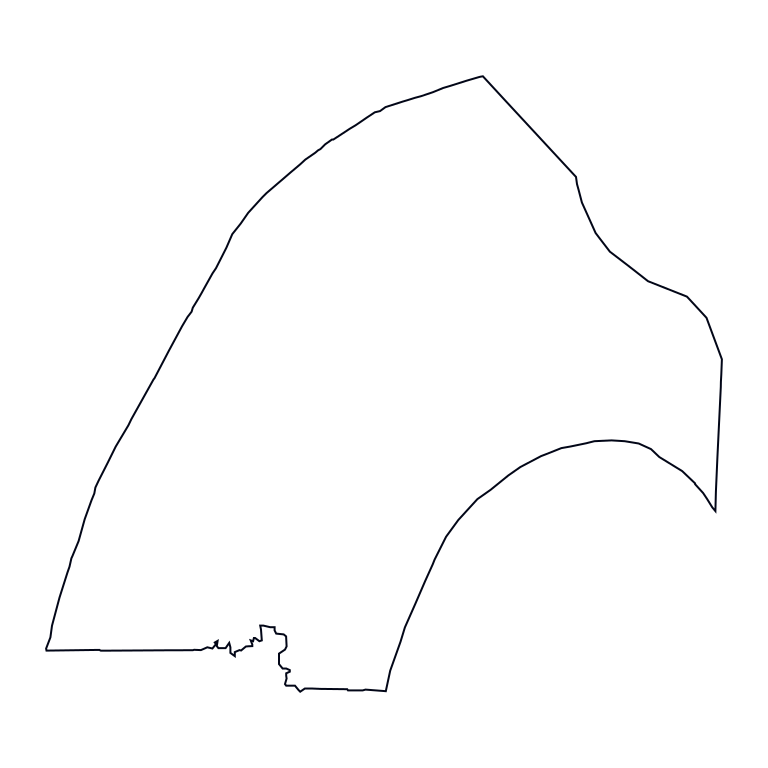 the district of Lower Saloum, Central River, Gambia
{"feature_id": "56634734B70409077095290", "entity_name": "Lower Saloum", "entity_type": "district", "adm_level": 2, "iso_a3": "GMB", "parent_name": "Gambia", "parent_adm1": "Central River", "projection": "orthographic", "projection_center": [-15.38, 13.709], "detail": "fine", "context": "isolated", "style": "outline", "palette": "ink", "viewbox_px": 768, "rotation_deg": 0, "n_neighbors": 0, "source": "geoboundaries", "source_scale": "gbopen_adm2", "svg_char_len": 2464}
<svg xmlns="http://www.w3.org/2000/svg" viewBox="0 0 768 768"><path d="M715.4,511.1L715.9,491.7L717.4,457.5L719.2,420.2L720.8,387.0L720.9,381.9L721.3,374.5L721.9,359.3L706.5,317.8L698.4,309.0L687.4,297.1L686.9,296.6L648.0,281.2L634.9,270.9L626.0,264.0L609.9,251.7L603.6,243.5L600.0,238.8L595.6,233.0L590.4,221.4L581.9,202.5L578.6,189.9L577.0,184.1L576.0,176.9L573.1,173.8L506.7,102.1L482.9,76.3L480.5,76.7L478.9,77.1L466.6,80.7L450.2,85.9L443.1,88.0L432.9,92.2L421.0,96.2L415.0,97.8L407.4,100.2L403.0,101.5L385.5,107.1L380.0,111.1L374.8,112.3L366.8,117.6L355.7,125.2L349.7,128.8L333.4,139.5L332.0,139.5L325.2,144.3L320.4,149.1L318.1,150.3L315.3,152.7L305.3,159.6L300.1,164.4L290.6,172.4L287.6,175.0L285.4,176.9L266.5,193.1L262.5,197.1L248.2,212.8L240.7,223.6L232.3,234.1L226.4,247.7L219.3,261.7L216.0,268.2L212.5,273.4L203.8,289.0L201.9,292.5L198.7,298.1L192.8,307.7L191.6,311.7L187.6,316.9L182.1,326.2L168.9,350.7L154.4,378.4L153.6,379.3L131.4,419.1L128.4,425.3L115.7,446.6L107.8,462.6L98.6,480.7L95.4,487.5L94.3,493.5L91.5,500.3L84.7,519.2L78.6,541.1L73.0,554.7L72.6,555.7L71.4,558.3L69.5,566.7L67.5,572.4L59.5,597.6L52.0,625.7L50.4,637.4L46.1,648.6L46.5,650.6L47.1,650.6L99.3,649.9L100.9,650.7L164.0,650.3L192.9,650.2L194.1,649.8L200.9,650.1L203.7,648.9L207.3,647.3L212.4,648.5L216.0,644.1L214.8,642.5L217.6,640.9L216.8,646.1L218.4,648.1L225.6,648.1L229.2,642.9L230.4,647.3L230.4,652.9L234.8,656.1L234.8,652.1L239.5,650.1L241.1,650.5L245.9,646.5L248.1,646.3L252.3,646.1L252.3,644.5L250.7,640.4L253.1,641.2L253.9,638.0L255.1,638.0L259.4,641.2L261.8,640.4L261.0,629.6L260.2,625.6L263.4,625.6L270.2,627.2L274.6,627.2L274.6,630.4L276.2,633.6L283.7,634.4L286.1,636.4L286.6,646.4L285.0,649.6L279.0,653.6L279.0,656.8L279.0,664.1L282.6,668.5L286.2,668.5L289.8,670.1L289.8,671.7L286.2,673.3L286.2,675.7L286.6,678.5L285.0,684.1L286.2,685.7L295.0,685.7L298.6,690.1L300.2,691.7L304.9,688.5L310.9,688.5L311.2,688.5L320.5,688.9L347.2,689.2L348.0,690.4L362.7,690.4L365.5,689.6L384.9,691.1L385.8,691.2L390.2,670.7L400.5,641.8L404.9,627.4L415.2,604.1L425.1,581.2L432.7,564.4L434.6,559.6L446.0,536.9L446.1,536.7L458.3,520.0L477.4,499.1L490.5,489.9L508.4,475.4L520.4,467.0L541.1,456.1L545.8,454.3L560.4,448.5L561.4,448.1L570.5,446.5L574.4,445.7L586.5,443.2L588.4,442.7L594.4,441.2L611.6,440.4L624.7,441.2L638.7,443.5L651.0,449.1L659.4,457.1L682.2,471.1L695.1,483.4L695.1,484.2L703.1,493.0L707.1,499.0L712.3,507.4L715.4,511.1Z" fill="none" stroke="#020617" stroke-width="2"/></svg>